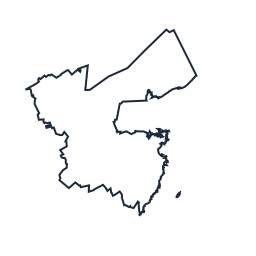 the district of Guaymas, Sonora, Mexico, rotated 244°
{"feature_id": "50627088B1209754794586", "entity_name": "Guaymas", "entity_type": "district", "adm_level": 2, "iso_a3": "MEX", "parent_name": "Mexico", "parent_adm1": "Sonora", "projection": "natural_earth1", "projection_center": [-110.918, 28.074], "detail": "fine", "context": "isolated", "style": "outline", "palette": "slate", "viewbox_px": 256, "rotation_deg": 244, "n_neighbors": 0, "source": "geoboundaries", "source_scale": "gbopen_adm2", "svg_char_len": 5859}
<svg xmlns="http://www.w3.org/2000/svg" viewBox="0 0 256 256"><g transform="rotate(244 128 128)"><path d="M201.9,119.3L202.9,109.9L200.6,110.7L199.5,109.6L202.6,108.1L200.6,101.0L206.1,99.6L206.5,99.1L205.8,91.5L205.2,91.1L204.5,85.7L209.7,82.7L209.4,80.8L210.5,80.0L209.9,76.6L211.7,75.9L210.3,70.9L211.8,69.9L211.2,68.8L209.4,68.1L208.8,68.3L208.1,65.4L207.4,52.7L206.5,56.6L205.2,57.4L199.6,55.8L199.4,57.0L198.6,57.0L198.6,56.0L198.3,55.9L195.0,57.7L194.8,57.2L190.7,54.6L180.2,54.6L179.6,52.7L174.4,51.5L174.2,52.4L172.7,55.9L171.3,55.0L169.9,54.7L169.0,55.0L169.3,55.8L167.4,58.1L167.4,59.8L167.0,60.1L164.6,59.8L165.7,55.2L163.9,54.8L162.9,59.8L161.1,59.7L161.0,61.5L154.3,60.8L151.3,64.1L150.6,65.5L150.7,66.3L152.4,69.0L146.6,70.4L143.9,66.7L143.9,67.0L138.3,64.9L137.9,57.4L132.7,58.3L132.8,55.6L130.6,55.4L129.1,57.1L129.1,57.7L128.0,58.2L126.4,58.1L124.6,57.0L123.2,56.7L122.2,57.4L120.9,56.3L119.2,55.6L118.6,51.0L115.9,45.8L112.4,45.1L111.1,43.5L99.9,48.6L102.2,56.8L97.7,58.9L97.5,59.8L95.5,59.6L93.5,67.8L87.9,64.8L87.2,70.0L87.6,70.9L87.9,80.6L84.0,81.7L80.5,81.9L81.3,85.8L77.0,84.5L76.7,84.9L73.7,84.7L73.8,87.6L74.6,92.7L71.2,93.3L69.3,92.7L68.3,92.0L60.1,90.7L59.8,92.0L56.8,94.0L56.8,95.3L56.4,94.9L53.6,97.9L57.5,104.6L56.2,105.0L56.2,104.7L48.6,101.7L45.3,101.0L45.0,100.3L44.7,100.4L44.9,100.7L44.7,101.4L45.4,102.3L45.9,102.1L46.3,102.9L46.2,103.6L46.6,103.8L46.4,104.4L45.9,104.7L46.2,105.0L45.8,105.4L46.3,105.6L46.1,106.0L46.5,106.3L47.2,105.8L48.4,105.9L49.1,107.0L49.6,106.9L50.3,107.4L50.7,108.2L50.5,108.7L51.2,108.9L51.8,110.8L51.5,113.0L52.0,115.2L53.1,115.7L53.3,116.4L54.0,116.7L54.3,117.1L53.9,117.3L53.9,117.9L54.6,117.9L55.0,118.5L55.6,118.5L55.6,119.3L56.1,118.8L55.9,119.3L56.5,119.4L56.4,120.4L57.0,121.0L57.0,121.8L57.6,122.0L57.3,123.2L57.9,123.4L57.7,124.4L58.2,125.1L58.0,125.6L59.1,125.5L59.2,125.9L58.6,126.4L59.0,126.6L58.6,126.9L59.9,127.4L60.1,127.9L61.2,128.7L60.9,129.4L61.4,129.2L61.4,129.5L61.7,129.5L61.9,130.2L61.3,130.7L61.4,131.0L62.0,131.3L62.3,130.9L62.3,130.4L62.9,130.4L63.5,131.1L63.0,131.6L63.7,132.0L64.3,131.7L66.8,132.8L67.4,133.8L67.4,134.4L68.6,135.8L69.4,135.7L69.7,136.0L71.5,140.5L72.2,140.1L72.5,140.7L74.5,141.2L74.7,141.6L75.9,141.4L76.6,142.0L76.5,142.6L76.8,143.0L77.5,142.3L78.5,142.9L79.0,144.2L78.7,145.1L79.2,144.3L80.9,145.1L81.5,147.2L81.3,147.6L80.2,147.6L80.6,148.0L80.1,148.8L81.3,148.9L81.8,148.1L82.2,148.3L82.1,148.7L82.7,148.4L83.6,148.9L84.4,148.3L84.8,148.7L85.0,148.2L85.5,150.1L85.8,150.1L85.7,149.5L86.1,149.3L86.4,148.0L86.9,147.8L87.2,148.1L86.9,147.6L87.0,146.8L88.0,146.6L88.3,145.7L91.4,144.7L93.2,144.8L95.3,145.5L96.1,146.3L95.9,147.3L96.7,148.8L97.0,150.0L97.9,150.6L99.4,150.1L99.3,150.5L99.6,150.3L100.0,151.1L99.9,152.6L98.3,153.6L97.8,153.3L97.5,153.5L98.0,153.7L98.1,155.2L98.8,155.9L99.4,155.7L99.7,156.0L99.4,156.7L99.7,157.5L99.5,159.1L99.9,159.4L100.5,159.0L101.7,157.1L102.8,158.0L102.4,158.8L102.6,159.2L103.4,159.5L103.8,158.9L104.7,159.7L105.0,159.2L105.4,159.4L105.1,160.3L105.4,161.0L106.6,161.0L107.3,162.0L107.4,163.0L107.1,163.5L107.8,163.5L107.8,162.3L108.8,161.7L109.0,160.2L108.3,160.2L108.2,159.8L109.0,159.3L109.5,159.6L109.7,158.5L109.5,158.1L110.3,157.7L109.7,157.4L110.3,157.2L110.3,156.6L109.7,157.1L109.4,156.9L109.8,156.1L111.0,155.0L110.0,155.0L111.4,154.4L110.2,153.9L107.8,154.9L107.5,154.5L107.7,154.0L108.4,154.1L108.0,153.7L107.7,154.0L107.6,153.5L107.3,154.1L106.7,154.1L107.1,154.5L106.5,154.8L106.4,155.3L106.0,155.3L106.1,154.8L105.9,154.8L104.9,155.6L104.9,154.7L106.0,153.8L105.7,153.2L106.6,153.3L107.1,152.3L107.0,151.3L107.5,150.8L107.8,151.0L107.8,150.8L107.9,150.6L107.9,151.3L108.3,150.7L108.7,150.7L108.8,151.3L109.1,151.1L109.2,151.4L109.1,152.0L110.0,152.0L109.8,150.4L110.4,150.5L110.4,151.4L110.7,151.2L110.5,150.5L110.7,150.2L110.5,150.4L111.0,149.1L110.7,148.8L111.8,148.8L110.7,148.6L111.7,148.0L111.3,147.9L111.6,147.2L112.7,146.4L114.9,146.1L115.0,146.0L114.7,145.9L113.1,146.1L112.7,146.3L112.2,145.1L111.3,145.4L111.0,144.3L109.6,143.9L111.1,144.2L111.3,144.6L111.5,144.3L110.6,143.6L111.0,143.6L110.9,143.3L109.9,143.2L111.2,143.1L110.5,142.5L111.0,142.4L110.7,142.2L110.3,142.2L110.1,142.0L110.6,142.0L111.8,142.6L112.3,141.5L114.6,144.0L114.7,142.9L115.0,142.4L116.0,142.6L118.0,140.6L121.6,133.6L122.9,133.6L120.9,132.6L121.1,128.3L125.8,125.0L126.5,118.6L127.9,119.7L128.8,117.9L128.8,116.4L130.0,116.4L130.0,117.1L135.6,117.2L139.7,117.7L139.3,118.7L141.1,119.9L140.5,121.5L153.5,131.3L153.0,132.4L154.0,134.9L144.5,156.7L146.1,157.0L148.6,158.4L149.9,160.3L151.4,161.5L152.5,161.7L153.3,163.1L152.9,163.5L152.7,163.2L151.5,163.7L150.3,163.1L149.8,163.5L150.1,164.2L149.8,164.6L149.6,164.2L148.0,164.3L147.6,163.3L145.7,164.4L145.6,163.6L144.9,163.1L144.7,162.6L144.6,163.2L145.2,164.2L145.5,164.3L145.2,164.3L145.0,164.7L145.6,164.8L144.7,165.0L144.7,165.9L144.2,165.9L143.7,166.8L144.2,166.9L144.2,167.1L143.6,167.0L143.5,167.3L143.8,167.4L143.3,167.4L142.8,167.8L142.9,168.2L141.6,170.2L141.4,169.5L141.9,167.4L141.4,168.1L141.4,172.7L142.1,176.1L142.5,180.2L142.9,180.7L142.9,182.8L143.3,184.6L142.4,190.4L142.6,190.7L142.1,191.7L141.8,190.5L142.2,189.6L141.3,189.9L140.3,193.6L140.1,196.7L140.7,199.6L143.4,207.7L143.8,208.1L143.9,209.2L144.9,210.6L145.0,212.5L195.9,212.0L195.9,207.3L199.6,205.6L190.3,177.1L182.1,153.8L182.8,133.1L179.0,110.4L180.9,106.3L201.9,119.3ZM112.7,146.3L114.6,145.9L114.9,146.1L112.7,146.3ZM46.4,143.6L45.2,141.8L44.7,141.3L44.4,141.5L44.2,141.9L44.6,143.5L45.5,145.2L47.3,146.4L47.1,145.0L46.4,143.6ZM114.2,154.2L113.4,154.5L112.6,156.1L112.3,155.7L112.5,156.3L113.2,156.2L114.2,154.2ZM109.4,152.5L109.0,152.6L109.0,153.3L109.6,152.9L109.4,152.5ZM78.2,146.3L78.4,145.5L78.4,145.3L77.7,146.4L78.2,146.3ZM110.3,158.2L110.9,157.3L110.1,158.2L110.3,158.2ZM89.6,147.0L89.6,146.3L89.3,147.2L89.6,147.0Z" fill="none" stroke="#1e293b" stroke-width="2"/></g></svg>